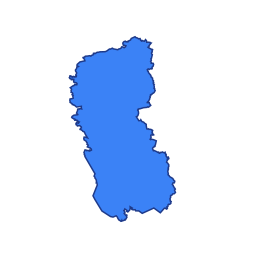 the district of Claremorris Lea-6, Mayo, Ireland, rotated 304°
{"feature_id": "5873133B40533987579120", "entity_name": "Claremorris Lea-6", "entity_type": "district", "adm_level": 2, "iso_a3": "IRL", "parent_name": "Ireland", "parent_adm1": "Mayo", "projection": "mercator", "projection_center": [-9.004, 53.656], "detail": "fine", "context": "isolated", "style": "filled", "palette": "blue", "viewbox_px": 256, "rotation_deg": 304, "n_neighbors": 0, "source": "geoboundaries", "source_scale": "gbopen_adm2", "svg_char_len": 5856}
<svg xmlns="http://www.w3.org/2000/svg" viewBox="0 0 256 256"><g transform="rotate(304 128 128)"><path d="M179.0,124.6L178.9,124.3L179.5,123.7L180.2,123.8L180.6,123.0L181.4,122.7L181.6,121.6L183.1,120.4L183.1,119.6L183.4,119.2L183.2,118.7L184.4,117.5L184.3,117.2L184.7,116.7L184.8,115.7L185.1,115.4L185.3,114.2L186.2,113.2L186.2,112.5L186.6,112.4L187.0,111.4L188.3,111.7L188.5,113.0L189.8,113.5L190.1,114.4L190.6,114.4L190.8,114.8L191.9,113.9L193.1,114.3L195.0,113.7L195.7,112.8L194.6,111.1L195.4,110.8L195.8,109.5L197.2,109.5L198.2,108.3L198.8,108.5L202.5,107.1L202.6,106.3L203.2,105.6L204.1,105.3L204.6,105.6L205.6,104.7L206.6,104.7L206.7,103.9L206.4,103.8L206.1,100.2L206.2,99.4L207.3,99.9L207.9,99.4L211.4,99.7L211.0,98.7L211.3,98.5L210.6,97.0L209.6,95.6L210.7,94.5L211.1,93.1L209.1,93.1L208.6,91.5L207.8,90.8L208.3,90.4L207.7,89.8L207.7,89.5L208.9,88.0L207.8,86.8L207.9,85.5L207.4,84.1L207.6,82.8L204.0,80.6L202.3,80.9L200.8,79.9L199.6,79.9L199.3,79.7L199.5,79.1L198.4,78.4L198.3,77.8L198.5,77.3L197.5,76.4L196.1,76.1L195.1,76.5L193.9,78.0L194.5,78.5L194.7,79.2L194.6,79.3L195.0,80.3L194.0,80.5L192.4,79.9L192.2,78.2L191.7,77.4L190.4,77.6L189.2,77.0L188.3,76.1L187.2,75.8L185.3,71.3L185.5,70.9L185.4,70.3L183.6,69.4L183.5,68.9L183.0,68.4L180.1,67.4L178.6,66.5L175.4,62.1L173.9,60.8L173.6,60.1L171.1,59.0L171.2,58.2L170.6,57.6L169.3,58.2L167.8,57.2L166.8,57.0L166.6,55.9L164.8,54.0L163.9,52.7L163.2,52.3L162.7,52.5L161.3,51.3L161.0,51.6L160.7,53.3L159.6,54.7L155.9,51.2L152.3,50.3L151.2,50.8L151.1,51.2L151.3,52.5L150.8,52.3L150.3,51.4L148.5,52.1L146.7,52.0L145.9,52.7L145.1,54.5L144.4,54.9L142.8,55.0L142.5,55.5L142.5,56.0L141.7,56.4L141.5,55.9L140.6,55.6L140.4,55.2L140.8,55.1L140.2,54.7L140.1,54.3L140.2,53.9L139.4,53.6L139.6,53.4L138.9,52.6L139.3,52.2L139.0,51.7L139.1,51.2L138.8,50.7L138.5,50.7L138.1,51.2L136.9,51.2L136.5,52.2L136.5,52.7L136.8,53.0L136.7,53.9L136.4,54.1L136.7,54.7L137.4,54.6L138.0,55.9L135.8,57.2L135.7,58.1L136.1,58.6L136.6,60.0L136.4,60.8L135.3,61.4L134.6,60.6L134.8,60.3L134.4,59.5L132.7,59.4L132.2,58.8L129.1,57.6L128.9,59.0L128.5,59.6L127.3,59.8L126.5,60.6L125.8,60.8L126.1,62.2L125.6,63.0L124.3,63.0L124.4,64.3L123.6,64.4L122.1,65.9L121.3,65.4L119.6,63.7L118.0,64.6L117.3,65.6L116.8,65.7L116.9,68.0L116.3,68.6L116.8,69.8L116.6,69.9L116.9,71.4L116.6,73.6L119.9,77.2L118.6,78.0L117.9,78.9L117.3,77.5L116.4,77.0L116.5,76.7L115.5,75.7L114.4,76.4L111.5,77.0L111.2,78.8L110.9,78.9L108.4,76.0L106.4,75.2L105.4,75.3L105.1,76.2L105.3,77.1L105.1,77.9L105.5,78.4L105.6,79.4L104.8,79.6L105.9,81.3L105.8,81.9L105.2,82.1L105.8,83.3L105.7,83.8L105.2,83.9L105.4,84.2L104.2,84.2L103.9,82.7L103.5,82.3L102.7,82.9L102.4,82.5L101.7,83.1L101.8,84.1L101.4,84.9L102.0,85.3L102.3,86.0L103.0,86.6L102.7,88.8L102.0,89.3L101.0,88.8L100.0,89.1L100.3,89.9L100.3,91.7L100.0,92.4L100.3,94.0L98.9,96.2L97.2,99.9L96.7,98.0L95.9,96.7L94.6,97.2L93.6,98.2L93.6,100.9L93.0,101.6L93.0,102.2L91.9,103.1L91.8,103.5L91.6,103.4L91.6,104.4L91.4,104.7L89.6,104.8L90.0,106.9L90.4,107.5L89.8,108.5L90.1,109.1L89.6,109.8L89.2,110.1L87.9,109.2L88.1,108.4L87.6,108.2L87.3,108.6L86.6,106.6L86.1,106.3L86.3,105.7L85.8,104.6L83.0,105.2L82.2,106.4L81.5,106.6L81.1,107.7L80.3,108.2L71.6,126.2L69.1,126.8L68.8,128.0L67.9,128.8L67.5,130.3L66.2,131.6L64.9,132.3L65.3,132.6L64.4,133.6L63.6,134.4L52.2,136.9L50.3,140.4L44.6,152.8L44.8,163.0L45.8,165.4L48.6,167.3L48.3,168.7L47.2,170.5L46.6,172.2L46.8,173.0L46.7,174.3L47.1,174.7L47.7,174.6L47.4,174.9L49.4,176.5L50.4,176.6L50.4,177.2L53.4,177.0L54.0,176.0L54.7,176.1L55.2,175.5L54.4,174.7L54.9,172.9L55.2,173.1L55.3,172.6L55.7,172.5L56.4,172.6L57.3,170.7L58.4,171.0L59.1,170.7L59.1,173.2L58.9,173.6L58.2,173.5L58.3,174.8L61.0,175.3L62.8,174.7L63.9,173.8L64.0,176.3L62.9,175.9L62.9,176.8L62.7,176.9L63.0,178.0L64.3,179.6L63.6,180.7L65.3,183.3L65.2,187.5L76.1,194.2L75.8,202.2L81.8,203.0L82.7,204.3L82.2,205.1L82.6,205.5L83.7,205.5L84.0,204.8L84.6,204.3L85.4,204.9L87.0,204.1L87.5,204.3L87.9,205.2L89.4,205.7L89.8,205.3L91.2,204.9L91.1,203.8L91.9,203.4L92.6,202.4L94.5,202.1L95.4,201.2L96.1,201.2L96.4,201.7L97.3,202.0L98.3,201.9L99.4,203.1L101.1,203.4L102.5,201.3L103.8,201.4L104.3,200.4L104.2,199.9L104.8,199.1L105.2,198.0L105.7,197.6L106.0,196.3L107.7,196.0L108.5,197.1L110.1,196.5L110.2,195.1L110.9,194.3L110.9,193.6L111.2,193.1L111.0,189.7L111.5,188.8L111.5,187.7L111.9,187.2L112.4,187.2L114.5,185.0L116.1,184.7L116.2,184.3L116.9,184.2L117.1,183.8L117.5,183.8L118.0,183.3L118.8,183.4L120.3,182.4L121.1,180.4L121.2,179.1L122.6,178.7L124.2,178.7L124.2,178.4L124.4,178.6L124.7,178.4L124.8,178.7L125.4,179.0L126.0,178.4L125.9,178.0L126.4,177.6L125.5,176.8L125.8,176.4L125.7,175.9L126.2,175.1L126.8,174.9L126.9,174.3L127.5,174.3L127.6,173.6L128.6,172.3L127.7,172.1L127.3,169.8L126.6,169.7L126.1,168.7L124.8,168.4L124.5,168.0L125.2,166.9L124.4,166.2L124.5,165.4L123.9,161.9L123.4,161.7L124.5,160.0L125.1,159.7L126.0,159.7L127.6,160.6L127.7,160.1L129.1,160.2L133.2,158.6L132.6,155.7L131.8,153.7L131.0,153.3L131.0,152.7L133.1,152.4L134.6,151.0L134.9,151.0L135.3,151.1L136.1,152.7L136.7,153.1L137.4,150.6L138.2,150.6L138.7,150.0L139.8,149.8L139.8,149.0L139.6,148.9L139.7,147.9L139.0,146.5L138.6,146.2L138.7,145.3L138.2,145.0L137.8,144.1L140.2,141.7L141.1,141.2L141.4,140.4L141.2,139.4L141.6,137.7L141.1,135.9L142.0,134.0L141.1,134.1L140.1,132.9L142.0,128.6L143.1,129.2L144.1,129.2L146.2,128.5L147.8,127.1L148.2,126.0L149.2,125.9L149.3,126.3L150.2,126.4L150.5,127.1L153.5,129.5L155.7,132.2L156.6,132.5L156.8,133.4L159.5,134.2L160.1,132.8L160.2,132.0L161.0,131.4L160.7,130.7L159.8,129.8L160.0,129.6L161.9,130.0L164.2,129.8L164.8,129.3L165.8,129.3L166.4,128.6L167.5,128.8L167.9,128.1L168.3,128.1L169.3,129.0L170.3,128.9L171.2,129.6L172.3,129.8L174.2,129.6L174.5,128.9L175.3,128.3L175.3,127.7L175.7,127.8L176.1,127.1L177.1,126.6L178.2,125.3L178.6,125.3L178.5,125.1L179.0,124.6Z" fill="#3b82f6" stroke="#1e3a8a" stroke-width="1.5"/></g></svg>